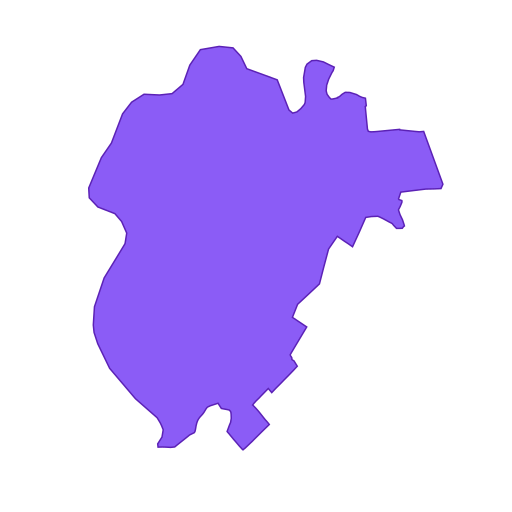 Namoloasa, Galati, Romania, rotated 278°
{"feature_id": "2599482B8070137068735", "entity_name": "Namoloasa", "entity_type": "district", "adm_level": 2, "iso_a3": "ROU", "parent_name": "Romania", "parent_adm1": "Galati", "projection": "robinson", "projection_center": [27.591, 45.504], "detail": "fine", "context": "isolated", "style": "filled", "palette": "violet", "viewbox_px": 512, "rotation_deg": 278, "n_neighbors": 0, "source": "geoboundaries", "source_scale": "gbopen_adm2", "svg_char_len": 3006}
<svg xmlns="http://www.w3.org/2000/svg" viewBox="0 0 512 512"><g transform="rotate(278 256 256)"><path d="M152.6,312.2L156.6,308.9L157.6,308.0L158.0,306.8L158.4,306.1L158.6,305.9L158.9,305.8L159.8,305.8L160.2,305.6L160.9,305.1L162.1,304.0L163.0,303.6L166.7,305.1L167.1,305.3L169.8,306.4L192.8,316.1L200.3,300.6L213.9,303.9L214.3,304.2L227.5,314.9L237.2,322.7L238.1,322.8L254.1,324.6L273.0,326.9L273.8,327.3L286.8,333.8L282.7,342.0L281.0,345.6L278.6,350.3L293.9,354.9L309.5,359.3L311.1,364.7L312.3,371.1L311.8,373.1L310.6,376.8L309.0,381.1L308.3,382.9L307.6,385.0L307.1,386.3L306.4,387.1L305.6,387.9L302.9,391.3L303.3,394.2L303.8,397.0L305.6,398.0L306.4,398.8L307.6,398.3L312.3,396.0L317.1,392.8L321.2,390.8L321.8,390.7L325.2,391.9L329.4,393.0L330.7,392.9L331.2,392.7L331.8,389.7L332.4,389.2L339.4,390.5L341.6,398.6L345.8,414.4L345.9,414.7L347.2,422.8L348.5,429.8L353.1,431.1L402.7,404.7L401.7,400.4L401.5,396.1L400.9,380.8L401.4,380.6L396.1,358.4L395.5,355.7L394.9,352.4L395.1,349.9L397.2,348.7L414.2,344.6L419.3,343.4L420.1,344.3L427.5,342.4L427.8,339.1L428.6,336.2L429.2,334.8L429.9,333.0L431.0,326.2L430.5,321.6L428.1,318.7L425.5,316.5L425.1,315.9L424.5,314.9L424.3,314.6L423.9,314.8L422.3,310.5L421.9,309.2L421.9,308.3L423.3,306.5L426.0,303.9L427.6,303.2L429.4,302.5L433.7,302.3L434.9,302.2L441.4,303.4L448.3,305.7L450.2,306.6L452.0,306.9L453.9,307.2L455.7,301.4L457.6,295.7L458.2,288.8L457.2,284.0L453.1,279.8L449.7,278.6L439.3,278.3L434.5,279.2L420.9,282.9L414.9,283.3L412.8,282.8L408.2,279.9L404.3,276.4L402.6,272.4L405.2,268.3L433.4,252.5L440.2,220.8L451.5,213.3L455.2,208.8L458.9,204.3L458.4,190.3L452.6,172.2L435.8,163.9L415.8,159.8L405.1,150.3L402.0,138.0L400.6,122.6L391.0,111.4L378.2,104.1L347.7,97.1L331.9,89.2L300.1,80.9L295.9,81.7L290.4,82.8L282.5,92.6L280.5,101.1L278.3,110.4L271.5,118.1L260.7,124.8L250.1,124.6L248.8,124.1L235.8,118.5L220.8,112.0L213.2,108.7L183.3,103.1L165.0,104.5L157.7,106.3L147.1,111.5L124.4,126.7L97.9,156.5L82.1,180.6L77.3,184.5L74.7,186.2L71.0,188.3L63.6,188.1L56.3,184.8L53.1,185.6L53.8,189.7L54.2,193.2L54.6,198.1L55.6,202.1L58.0,204.3L67.6,213.4L69.5,215.1L72.5,219.5L73.8,220.0L75.9,220.2L79.7,220.3L82.5,220.6L84.4,221.0L85.7,221.4L87.1,222.0L88.7,222.9L91.9,225.1L93.9,226.2L97.9,227.9L99.3,228.7L99.9,229.4L101.4,231.7L104.9,238.9L100.2,242.9L99.9,249.2L99.7,251.1L98.5,252.4L97.7,252.9L95.7,253.4L91.8,254.1L87.7,254.0L85.1,253.3L78.2,251.8L77.8,252.2L75.8,254.5L75.1,255.2L72.4,258.2L71.9,258.7L70.4,260.4L69.9,261.0L65.9,265.5L65.7,265.7L62.3,269.8L62.3,270.1L62.4,270.4L63.3,271.0L64.3,272.0L70.5,276.9L70.7,277.1L72.5,278.5L73.5,279.2L82.2,285.8L86.1,288.8L89.7,291.6L91.0,292.6L91.9,291.7L93.8,289.6L95.1,288.0L101.1,281.7L102.5,280.2L103.8,278.7L105.4,276.8L107.9,273.6L108.0,273.4L108.5,273.7L109.9,274.5L111.2,275.4L112.3,276.1L115.9,278.9L118.2,280.5L119.8,281.7L126.1,286.3L126.5,286.6L122.9,290.6L127.7,294.0L134.2,298.9L136.0,300.2L136.7,300.7L144.8,306.7L149.0,309.7L152.6,312.2Z" fill="#8b5cf6" stroke="#5b21b6" stroke-width="1.5"/></g></svg>